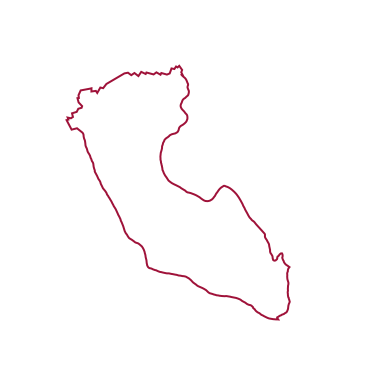 IX-2 Rewa(Illiwa)/U.E, Upper Takutu-Upper Essequibo, Guyana, rotated 132°
{"feature_id": "73187651B68809145182680", "entity_name": "IX-2 Rewa(Illiwa)/U.E", "entity_type": "district", "adm_level": 2, "iso_a3": "GUY", "parent_name": "Guyana", "parent_adm1": "Upper Takutu-Upper Essequibo", "projection": "orthographic", "projection_center": [-58.667, 2.726], "detail": "fine", "context": "isolated", "style": "outline", "palette": "rose", "viewbox_px": 384, "rotation_deg": 132, "n_neighbors": 0, "source": "geoboundaries", "source_scale": "gbopen_adm2", "svg_char_len": 6033}
<svg xmlns="http://www.w3.org/2000/svg" viewBox="0 0 384 384"><g transform="rotate(132 192 192)"><path d="M182.6,69.3L182.8,71.4L183.1,73.3L183.1,74.2L182.9,75.6L182.5,76.9L181.9,77.8L181.7,78.6L181.0,80.1L180.4,81.0L179.6,81.3L179.0,81.8L178.3,82.4L177.8,83.1L177.4,84.0L178.1,84.8L178.9,85.0L179.9,85.1L180.8,85.0L181.8,84.9L182.7,85.2L183.5,84.9L184.2,84.3L185.1,83.9L186.9,84.1L187.7,84.6L188.1,85.3L188.2,86.2L187.7,87.0L187.1,87.9L186.4,88.6L185.8,89.4L185.2,91.2L185.0,92.0L184.7,93.2L184.2,93.8L183.7,94.5L182.9,95.1L181.1,97.6L180.6,98.3L179.4,99.7L179.0,100.5L178.1,103.2L177.7,104.1L177.2,106.2L176.8,107.3L176.3,108.0L174.8,109.3L174.4,110.1L173.1,122.8L172.6,125.6L172.6,126.7L172.8,128.0L172.8,129.0L172.6,129.8L172.4,132.2L171.7,134.5L170.9,136.6L170.3,138.4L169.8,139.9L169.3,141.2L168.8,142.2L168.0,144.6L167.1,146.5L165.9,149.9L164.8,153.4L164.3,155.5L164.0,156.9L163.8,158.2L163.6,160.7L163.6,164.0L163.7,165.1L163.8,166.2L164.2,168.1L164.6,169.3L165.3,170.9L165.5,171.7L166.2,172.5L169.1,173.3L171.1,173.5L172.9,173.4L175.8,173.0L176.8,173.0L179.7,172.3L180.5,172.3L182.6,172.1L184.2,172.2L185.1,172.5L186.2,172.8L187.2,173.4L188.3,174.2L189.7,176.0L190.0,176.8L190.3,177.7L190.6,179.7L190.8,181.7L190.8,182.7L191.2,184.6L191.6,186.5L192.3,188.7L193.7,192.3L194.6,194.0L195.2,194.9L195.5,195.8L195.6,197.0L195.5,197.9L196.4,202.5L196.5,204.2L197.7,208.6L198.2,210.2L198.4,211.0L198.7,212.2L198.9,213.1L199.1,215.2L199.2,217.1L199.0,217.9L198.2,220.8L198.0,221.8L197.8,222.7L197.5,223.7L196.8,225.6L195.8,227.5L195.4,228.6L194.0,230.2L193.3,231.2L192.7,231.9L192.2,232.8L191.6,233.5L191.0,234.6L190.2,235.4L189.0,237.1L188.4,237.6L186.8,239.2L183.8,241.4L181.3,242.6L179.5,243.6L178.9,244.1L178.2,244.7L177.4,245.1L176.5,245.4L174.9,246.3L172.8,246.8L172.0,247.2L170.8,247.3L169.8,247.2L168.8,247.1L167.8,246.7L166.8,246.6L165.8,246.4L164.9,246.5L162.9,245.8L161.9,245.2L160.3,244.1L159.4,243.5L158.5,243.3L157.7,243.0L156.6,242.9L154.7,243.5L153.9,244.0L153.1,244.4L152.2,244.6L151.2,244.6L150.3,244.5L149.1,244.1L148.2,243.8L146.0,243.4L144.1,243.3L143.2,243.4L141.6,244.0L140.8,244.3L139.4,245.5L138.8,246.2L138.3,246.9L138.0,247.7L137.8,249.9L137.6,250.8L137.4,251.7L137.3,253.6L137.1,255.3L136.5,256.9L135.8,257.9L135.1,258.5L134.3,258.9L133.5,259.2L132.6,259.4L131.0,260.1L129.7,260.5L128.6,260.5L127.6,260.3L126.6,260.0L124.6,259.9L123.6,259.7L122.5,259.7L120.5,260.7L119.6,261.4L119.0,262.0L117.8,264.5L117.1,265.5L116.1,266.1L115.1,266.5L114.4,267.2L114.0,268.2L113.0,270.2L112.6,271.1L112.3,271.9L112.1,272.8L112.0,273.7L112.1,276.5L112.0,277.4L111.9,278.3L111.6,278.3L111.7,278.1L111.4,277.0L110.2,280.1L107.9,281.0L106.8,285.9L109.1,286.1L109.4,287.8L112.4,287.4L113.9,289.9L118.8,287.9L121.5,289.2L124.1,294.4L125.9,293.9L126.9,298.5L130.3,299.2L133.7,305.8L135.3,305.4L136.7,310.1L141.7,309.4L142.1,314.4L145.8,315.3L146.2,319.4L149.1,321.6L169.0,327.9L174.3,327.5L175.7,330.0L181.8,328.7L181.2,331.1L184.6,334.0L182.2,336.1L183.8,337.2L191.0,342.7L196.0,341.1L197.8,339.0L198.9,339.9L201.3,336.2L201.7,331.1L203.3,330.4L206.2,332.2L209.6,331.3L213.8,333.8L215.9,330.7L218.2,331.3L219.9,334.2L220.9,332.3L222.5,333.3L226.2,323.2L221.6,320.1L221.2,313.4L221.3,312.5L221.6,311.7L222.0,311.0L223.3,309.6L223.9,308.8L224.5,307.9L225.2,306.4L225.8,305.5L227.7,303.3L228.4,302.6L228.9,301.9L229.4,301.0L229.9,299.7L230.3,298.9L231.8,296.6L232.4,294.8L232.6,293.9L233.3,292.0L234.4,290.3L235.0,288.7L235.6,287.8L236.0,287.0L236.3,285.8L236.6,285.0L237.1,284.2L237.9,283.3L239.1,281.9L240.2,280.2L241.0,278.7L241.8,278.0L242.2,277.1L242.5,276.2L242.9,275.1L243.6,273.2L244.9,270.3L245.4,268.2L245.7,267.4L246.1,266.5L246.7,265.7L247.1,264.9L247.9,262.8L248.8,260.7L249.0,259.5L249.3,257.4L249.8,255.3L250.2,254.4L250.7,253.5L250.9,252.6L251.1,251.5L251.5,250.6L251.8,249.2L252.1,248.3L252.7,246.4L252.9,245.6L253.7,243.7L254.0,242.8L254.5,241.4L254.9,240.6L255.1,239.7L255.6,237.9L255.9,237.0L257.8,232.6L258.3,231.6L258.9,229.8L260.1,226.9L260.9,225.8L261.6,224.0L263.4,220.3L266.1,215.8L266.6,214.5L267.0,213.4L267.1,212.5L267.3,211.6L267.7,210.5L268.0,209.4L268.3,208.1L268.2,206.9L268.0,205.9L267.8,205.0L267.5,202.2L267.5,201.3L267.4,200.4L267.1,199.6L266.3,197.9L266.1,196.9L266.0,194.8L266.0,192.8L266.5,190.9L267.2,189.1L268.2,187.2L268.9,186.3L269.8,184.8L270.5,183.9L271.3,183.0L271.8,182.3L273.2,180.2L275.2,178.0L275.8,177.1L276.6,176.1L277.2,174.3L277.2,173.3L276.9,172.4L276.3,171.5L275.9,170.5L275.6,169.3L274.8,167.3L274.2,166.3L273.7,164.6L273.4,163.7L272.7,162.1L272.2,161.4L271.2,159.5L269.7,156.9L269.1,156.0L268.5,155.4L267.8,154.5L266.6,152.4L266.0,151.5L264.4,148.8L263.8,147.9L263.0,146.1L261.9,144.6L260.8,142.7L260.0,141.7L259.1,140.1L258.8,139.1L258.7,138.2L258.3,136.8L258.2,133.9L258.5,130.7L258.4,129.7L258.1,127.1L258.1,125.8L257.9,124.5L256.4,120.0L255.9,118.0L255.5,115.8L255.6,113.6L255.6,112.5L255.4,111.2L254.0,108.4L253.7,107.5L252.7,105.6L252.4,104.8L251.2,103.1L250.6,102.0L250.0,101.2L249.4,100.3L248.2,98.8L247.4,97.8L246.8,97.3L246.1,96.5L245.7,95.8L244.2,93.5L243.9,92.8L241.2,88.3L240.4,86.4L239.7,84.4L239.5,83.3L239.5,82.2L239.1,80.4L238.6,78.5L238.4,76.2L237.9,74.5L236.9,72.7L236.7,71.7L236.8,69.5L237.3,68.8L237.2,66.8L237.5,65.9L237.6,65.1L237.6,64.0L237.5,62.9L237.3,61.9L237.0,61.1L236.9,60.1L236.9,58.9L236.8,58.0L236.4,57.0L236.2,55.9L236.0,55.1L235.7,54.0L235.1,51.9L234.8,51.1L234.4,50.1L233.2,48.2L232.2,46.6L231.5,45.7L230.3,44.1L229.6,43.4L229.0,42.6L228.9,42.9L228.9,43.8L228.8,44.3L228.2,44.8L227.1,44.4L225.8,44.1L224.9,43.8L224.0,43.3L223.0,43.1L222.0,42.5L220.9,42.0L220.1,41.9L218.2,41.3L217.0,41.5L215.1,42.2L214.2,42.7L213.4,43.3L212.7,43.8L212.0,44.3L210.2,45.2L209.1,45.5L208.2,45.9L207.0,47.7L206.5,48.7L205.9,49.4L205.7,50.2L204.4,51.8L203.5,52.6L203.0,53.3L202.1,54.1L201.3,54.5L199.9,55.9L197.4,57.9L196.3,58.5L195.5,59.1L194.8,59.8L193.8,61.4L193.4,62.1L192.9,62.8L192.4,63.4L191.0,64.8L190.2,65.4L188.7,66.9L187.7,67.4L186.8,67.7L186.0,68.4L185.1,68.9L184.2,69.2L182.6,69.3Z" fill="none" stroke="#9f1239" stroke-width="2"/></g></svg>